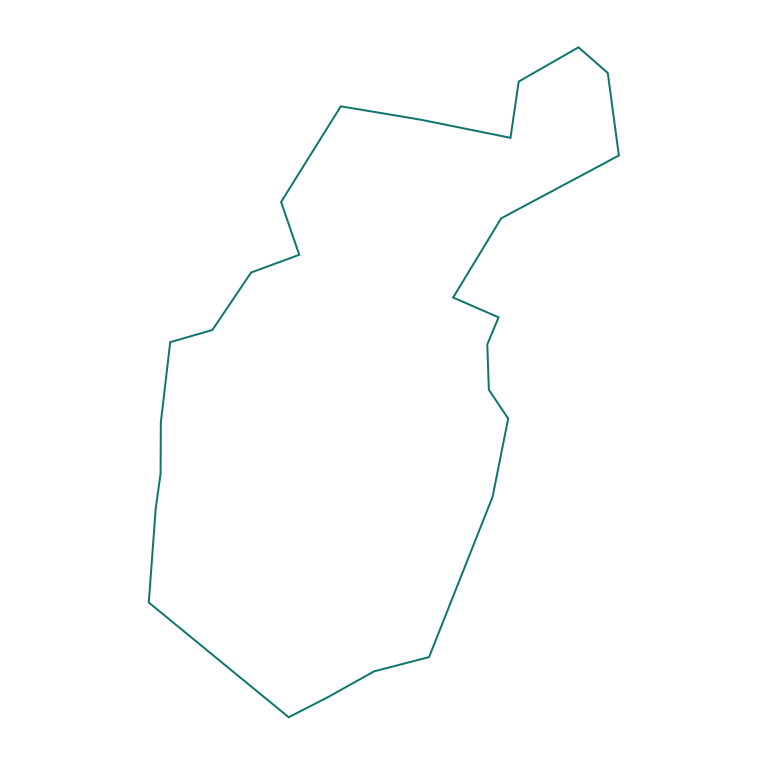 the district of Devoll, Korçë, Albania, rotated 178°
{"feature_id": "67620474B41402008781007", "entity_name": "Devoll", "entity_type": "district", "adm_level": 2, "iso_a3": "ALB", "parent_name": "Albania", "parent_adm1": "Korçë", "projection": "mercator", "projection_center": [20.941, 40.579], "detail": "fine", "context": "isolated", "style": "outline", "palette": "teal", "viewbox_px": 768, "rotation_deg": 178, "n_neighbors": 0, "source": "geoboundaries", "source_scale": "gbopen_adm2", "svg_char_len": 499}
<svg xmlns="http://www.w3.org/2000/svg" viewBox="0 0 768 768"><g transform="rotate(178 384 384)"><path d="M141.3,604.2L149.5,687.0L177.9,713.7L238.8,681.6L249.0,625.6L338.3,646.9L417.5,663.0L480.5,569.5L464.2,516.1L512.9,500.1L553.6,444.0L596.2,433.3L608.4,353.1L610.4,302.3L616.5,267.5L626.7,173.8L490.9,54.3L450.6,73.2L403.9,97.2L348.5,109.5L279.4,267.5L261.1,345.1L279.4,374.5L279.4,419.9L267.2,446.6L311.9,468.0L261.1,545.5L141.3,604.2Z" fill="none" stroke="#0f766e" stroke-width="2"/></g></svg>